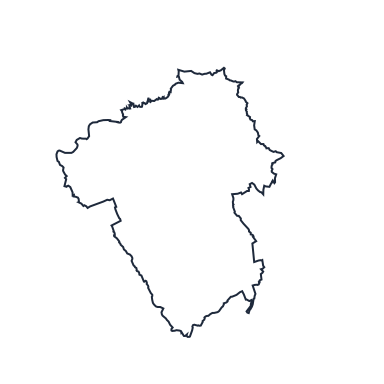 outline of Amatitán, Jalisco, Mexico, rotated 314°
{"feature_id": "50627088B14856852442900", "entity_name": "Amatitán", "entity_type": "district", "adm_level": 2, "iso_a3": "MEX", "parent_name": "Mexico", "parent_adm1": "Jalisco", "projection": "mercator", "projection_center": [-103.707, 20.845], "detail": "fine", "context": "isolated", "style": "outline", "palette": "slate", "viewbox_px": 384, "rotation_deg": 314, "n_neighbors": 0, "source": "geoboundaries", "source_scale": "gbopen_adm2", "svg_char_len": 5981}
<svg xmlns="http://www.w3.org/2000/svg" viewBox="0 0 384 384"><g transform="rotate(314 192 192)"><path d="M83.6,281.7L84.0,281.6L82.8,286.1L83.6,287.1L85.8,287.3L84.8,287.8L84.7,289.4L85.9,290.7L86.6,290.9L92.6,288.2L95.0,286.7L95.4,285.8L96.8,285.2L98.1,285.8L99.8,288.9L100.4,289.1L100.8,290.1L102.0,291.1L105.9,290.0L106.5,289.3L108.7,289.5L110.1,288.8L110.4,288.1L111.9,288.2L113.2,288.8L114.3,289.8L116.9,290.0L119.2,290.7L120.5,292.0L123.4,293.9L125.1,294.2L129.7,293.5L131.2,293.7L133.6,292.8L134.0,292.2L136.5,293.5L138.0,293.6L138.5,292.9L143.6,292.7L144.6,293.6L148.9,295.5L153.3,296.1L155.5,297.0L154.3,300.5L152.0,305.4L152.5,305.7L153.4,309.0L155.6,309.8L155.2,310.6L152.4,312.1L150.9,313.4L144.0,314.2L143.7,315.6L144.3,316.9L147.3,315.3L148.0,315.5L151.2,314.7L153.4,313.7L158.0,310.5L158.7,310.8L160.7,309.3L162.8,308.4L166.9,300.6L168.8,301.7L170.6,303.3L170.7,303.7L171.8,304.2L173.0,303.8L173.7,302.7L174.3,303.0L174.4,302.4L175.6,302.1L177.3,302.8L180.8,298.5L182.7,298.8L184.2,298.5L184.4,295.3L185.8,296.1L188.1,296.2L188.4,294.4L191.9,289.8L190.9,289.4L190.5,288.6L188.8,287.4L184.8,285.4L196.9,271.2L201.2,272.3L202.1,267.0L202.7,267.2L203.2,266.2L203.2,265.3L202.3,263.7L203.5,262.5L203.2,260.5L204.1,259.6L204.6,258.2L205.0,251.0L205.6,246.6L206.9,245.5L207.3,242.2L206.2,241.0L206.6,236.9L207.6,236.5L209.8,231.9L210.4,231.7L211.0,230.6L211.9,230.5L212.0,229.7L213.3,228.2L214.9,227.4L216.4,226.0L218.3,222.4L222.5,226.1L225.7,227.6L225.2,229.5L231.0,230.9L232.2,232.2L233.4,231.3L234.1,229.8L236.3,230.6L237.7,228.1L240.2,228.9L240.6,231.7L239.2,235.9L239.0,238.4L239.3,241.1L240.0,242.1L239.8,244.9L243.2,241.8L246.7,239.6L247.2,241.1L249.5,244.1L253.3,242.9L254.3,243.0L254.9,242.4L256.4,242.1L255.6,245.1L256.7,245.0L259.5,242.1L263.2,240.3L262.1,238.1L261.9,235.4L262.6,234.6L264.4,234.0L264.5,232.5L265.4,231.7L266.6,230.9L267.7,230.8L268.0,230.0L268.5,229.7L271.1,231.3L272.2,230.6L273.4,230.7L277.9,232.3L281.5,232.9L282.0,229.1L279.5,225.3L279.5,223.9L277.5,222.8L276.8,220.8L276.2,218.7L276.8,216.7L275.1,215.2L275.6,214.4L275.6,213.0L275.9,212.7L275.5,211.4L276.1,210.1L274.4,208.3L274.5,204.2L273.2,204.2L275.2,201.9L279.0,201.5L278.9,200.4L280.5,198.1L281.0,195.4L280.6,193.6L283.1,190.4L286.6,187.9L285.1,186.6L285.5,185.4L284.7,183.7L285.2,182.4L286.2,181.7L285.5,178.1L286.3,177.8L286.9,176.4L287.8,175.8L288.2,174.1L288.8,173.4L289.3,173.6L289.7,172.5L291.8,172.0L292.7,170.7L294.4,170.2L294.3,168.0L294.8,167.2L295.4,164.4L294.7,162.2L293.7,161.4L293.7,160.5L292.9,159.7L293.2,156.9L293.6,156.5L295.8,156.0L296.6,154.8L297.8,153.8L298.6,153.7L298.9,153.2L299.6,153.3L300.1,151.5L300.7,151.5L301.1,152.0L301.7,151.7L302.3,152.0L303.3,151.8L305.1,152.3L305.9,152.2L302.1,148.0L301.9,146.3L300.6,145.5L300.0,144.5L299.2,142.4L298.5,141.5L298.5,140.5L297.3,137.7L299.0,136.2L298.7,134.9L299.4,133.3L301.7,130.5L303.6,129.7L303.5,128.7L299.5,128.2L297.5,127.3L296.8,125.3L296.5,125.3L295.3,126.7L294.5,126.5L293.0,125.3L290.3,125.6L289.9,124.6L290.6,121.8L287.1,120.2L285.8,119.0L283.5,117.7L282.4,115.0L280.8,113.9L279.2,111.2L278.5,107.3L273.3,102.9L270.4,97.3L269.6,98.6L266.5,101.3L265.3,101.0L264.8,101.3L265.5,101.7L265.8,102.5L264.2,105.1L264.4,108.4L263.9,109.8L261.2,106.3L258.4,105.0L257.5,105.2L255.2,104.5L251.5,105.0L250.9,106.0L250.0,106.3L249.1,107.3L248.8,107.4L248.2,106.2L247.0,106.7L246.5,107.7L245.4,107.6L245.3,108.2L243.6,108.5L241.6,108.2L240.4,107.7L240.3,107.2L239.6,106.8L240.6,105.7L239.9,105.6L239.8,105.0L238.2,105.6L237.2,104.9L237.2,104.5L236.8,104.1L236.9,103.1L236.7,102.6L235.1,103.4L234.4,102.9L234.3,102.1L231.2,101.6L229.5,99.5L227.9,99.6L227.9,99.3L229.2,98.5L229.1,97.9L229.3,97.7L228.6,97.2L228.6,96.6L229.5,95.2L226.6,97.0L226.6,97.7L225.9,97.2L224.6,98.0L223.0,97.5L223.1,96.3L222.7,96.1L222.5,94.7L221.5,94.4L221.2,95.0L218.6,96.8L218.3,96.7L217.2,95.5L217.1,94.3L217.4,93.8L215.3,93.7L215.1,91.7L213.6,91.8L212.9,91.3L214.8,88.5L214.2,88.1L214.4,87.7L213.6,85.0L212.7,87.9L212.1,88.3L211.9,87.2L211.1,86.7L211.2,87.6L210.2,87.6L209.1,89.5L208.5,89.0L208.2,88.2L207.3,87.7L207.5,86.6L207.0,87.1L206.6,87.0L205.9,86.6L205.5,85.7L204.9,86.4L204.7,85.8L201.7,84.2L201.5,85.5L200.6,86.7L200.0,88.5L199.3,88.8L198.4,90.2L199.9,92.4L195.3,91.5L194.4,91.6L192.8,92.4L191.9,92.1L190.9,90.8L190.4,89.9L190.7,89.8L186.0,83.6L186.8,83.2L185.6,81.7L182.1,78.3L178.0,75.6L176.3,75.3L173.0,72.3L169.8,71.6L167.6,72.1L165.1,74.0L160.7,79.2L157.8,79.7L156.8,79.5L156.7,78.7L154.0,75.8L153.0,73.9L149.4,72.9L146.9,73.6L146.6,76.6L145.9,77.5L144.8,78.1L143.5,78.6L138.3,78.7L136.4,78.1L131.9,73.4L129.9,68.0L129.0,67.3L127.8,67.1L125.0,68.3L123.1,70.3L120.9,73.7L121.2,75.3L119.8,78.2L120.5,80.7L120.4,82.6L118.1,84.1L117.5,85.0L116.4,88.6L116.4,90.8L113.9,90.8L113.8,92.6L107.6,96.2L108.6,98.1L109.1,97.9L110.6,98.6L111.0,101.0L108.8,106.3L106.6,108.6L107.8,109.1L106.6,110.0L107.7,111.5L108.7,113.8L108.3,115.2L106.3,117.6L105.8,117.4L106.8,120.5L106.5,123.6L107.7,123.8L108.3,125.9L108.0,128.0L110.8,128.7L123.6,134.9L127.5,136.4L128.9,138.5L132.4,139.7L128.7,147.8L127.4,147.3L126.3,149.0L124.2,153.5L122.6,157.9L122.7,159.0L121.7,160.7L112.0,157.4L111.7,158.6L109.8,162.3L109.4,163.0L108.9,163.1L109.0,164.2L108.3,165.4L107.4,166.4L106.7,166.0L106.1,166.8L106.5,170.1L105.9,174.1L105.1,174.6L105.1,176.3L104.5,177.2L104.6,180.7L103.4,182.9L103.6,185.4L102.8,188.1L103.9,190.8L103.8,193.2L103.1,194.9L102.4,195.6L100.5,196.4L98.6,201.0L98.7,202.5L98.3,203.4L98.7,204.7L97.8,206.1L97.1,206.5L96.9,207.4L97.6,208.8L97.1,210.2L96.0,211.6L96.8,213.6L94.2,219.5L94.2,219.9L95.8,220.2L96.1,221.1L95.2,222.8L94.4,223.2L94.1,225.4L93.4,226.6L92.6,227.0L90.7,232.5L90.5,234.8L89.6,235.7L88.7,235.9L86.7,238.4L85.1,240.9L84.7,242.6L84.6,245.4L84.9,246.2L85.5,247.3L87.2,249.0L88.3,252.3L84.3,253.6L83.0,255.4L82.6,256.8L82.9,261.0L82.5,262.9L82.5,265.2L81.3,268.5L81.1,272.2L79.1,272.4L78.1,273.4L78.3,274.3L80.3,276.0L81.8,276.8L83.8,279.5L84.2,280.8L83.6,281.7Z" fill="none" stroke="#1e293b" stroke-width="2"/></g></svg>